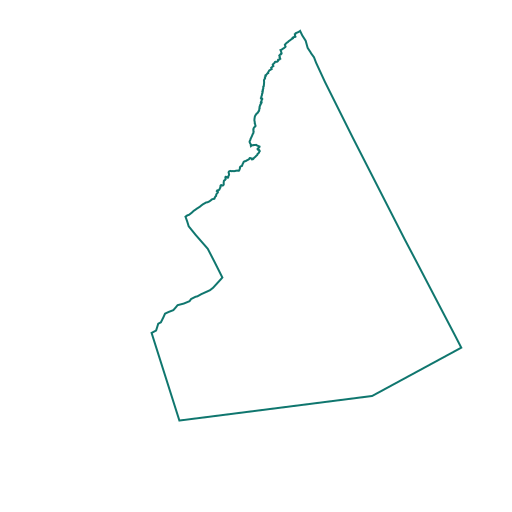 the district of Minas, Córdoba, Argentina, rotated 242°
{"feature_id": "61730980B27944530838107", "entity_name": "Minas", "entity_type": "district", "adm_level": 2, "iso_a3": "ARG", "parent_name": "Argentina", "parent_adm1": "Córdoba", "projection": "albers", "projection_center": [-65.06, -30.967], "detail": "fine", "context": "isolated", "style": "outline", "palette": "teal", "viewbox_px": 512, "rotation_deg": 242, "n_neighbors": 0, "source": "geoboundaries", "source_scale": "gbopen_adm2", "svg_char_len": 5874}
<svg xmlns="http://www.w3.org/2000/svg" viewBox="0 0 512 512"><g transform="rotate(242 256 256)"><path d="M78.7,394.2L92.1,394.4L123.6,394.6L175.1,395.0L200.8,395.1L315.4,397.0L377.4,398.6L398.6,399.8L404.2,400.5L409.1,399.8L410.3,399.8L415.5,399.3L422.7,400.9L429.0,400.4L434.0,400.6L433.9,400.2L433.9,399.5L433.8,398.5L434.0,397.3L433.9,396.9L434.1,395.9L434.0,395.4L433.6,395.1L433.6,394.9L433.6,394.4L432.9,394.2L432.5,393.9L432.1,393.7L431.3,393.9L431.1,393.8L431.1,393.1L431.3,392.8L431.4,392.3L431.5,392.2L431.6,391.9L431.6,391.2L431.5,390.9L431.2,391.1L430.9,390.9L430.9,390.3L430.8,389.5L430.7,388.4L430.5,387.5L430.3,385.6L429.9,384.6L429.9,383.9L429.7,382.8L429.2,381.2L428.9,380.6L427.0,380.4L426.8,380.1L426.4,378.0L426.4,376.8L426.3,376.6L426.2,375.8L426.2,375.3L426.3,374.3L426.0,374.3L423.5,373.9L422.7,373.6L422.5,373.0L422.9,372.9L422.8,372.7L422.7,372.5L422.1,370.7L420.8,370.6L420.6,370.5L420.4,370.4L420.4,370.1L420.2,370.0L419.4,370.1L419.1,370.0L418.8,370.0L418.8,369.9L418.5,369.0L418.9,367.7L418.7,367.4L418.1,367.3L417.8,366.8L417.6,366.2L417.8,365.3L418.3,364.6L418.4,363.8L417.8,363.0L417.6,362.3L417.6,361.6L417.1,361.0L417.0,360.6L416.7,360.6L416.3,360.4L415.6,360.5L415.1,357.8L413.7,357.6L413.6,354.8L412.1,352.4L411.8,352.4L411.9,351.8L411.3,350.6L411.1,349.2L410.5,349.3L410.4,349.2L410.2,349.0L410.0,348.6L409.9,348.4L409.7,347.8L409.3,347.8L409.0,347.5L408.6,347.4L408.4,347.1L408.0,346.2L407.8,346.0L407.6,345.7L407.1,345.4L406.4,345.1L405.2,344.5L404.8,344.2L404.6,344.1L404.2,343.8L403.6,343.5L403.3,343.2L402.9,343.0L402.8,342.8L402.3,342.6L402.2,342.4L402.1,342.0L402.0,341.8L401.7,341.7L401.4,341.6L401.2,341.4L400.8,341.3L400.5,341.1L400.0,340.4L399.6,340.0L399.3,340.1L399.1,339.9L399.0,339.6L398.5,339.5L398.2,339.0L398.2,338.9L397.7,338.9L397.3,338.4L396.9,338.3L396.6,337.8L396.3,337.6L396.2,337.3L395.9,337.2L395.2,336.7L394.8,336.2L394.3,335.6L393.9,335.5L393.6,335.3L393.4,335.1L393.1,334.4L392.9,334.4L392.2,335.2L392.0,335.3L391.7,335.3L391.5,335.1L391.4,334.6L391.3,334.3L390.3,333.8L390.0,333.1L389.7,332.8L389.3,333.0L389.1,332.9L388.9,332.9L388.9,332.6L388.9,332.3L388.9,332.1L388.6,332.0L388.3,332.2L388.2,332.1L388.2,331.7L387.5,331.1L387.5,330.9L387.5,330.7L387.1,330.4L386.8,330.0L386.7,330.0L386.5,329.8L386.3,329.5L386.1,329.2L385.5,328.8L385.0,328.8L384.8,328.7L384.6,328.4L384.6,328.2L383.6,327.5L382.7,326.8L382.7,326.4L382.6,326.1L382.0,325.5L381.9,325.0L381.4,324.3L381.4,323.7L381.5,323.5L381.4,323.2L380.8,322.3L380.5,321.5L379.6,320.4L377.6,318.9L376.4,318.2L374.6,317.7L373.9,317.2L373.1,317.2L371.8,316.8L371.1,316.7L370.9,316.5L370.8,316.3L370.7,315.7L370.5,315.3L370.4,314.7L369.7,313.6L369.0,313.3L368.8,312.9L368.6,312.8L368.2,312.8L367.5,312.3L367.3,312.3L366.8,312.3L366.6,312.1L366.4,311.8L365.8,311.3L365.5,311.1L365.2,310.3L364.1,309.1L362.3,306.7L362.0,306.2L361.3,305.7L360.4,304.4L359.8,303.9L359.2,303.8L357.8,303.7L356.8,303.9L356.6,303.8L355.9,303.2L355.4,303.1L355.5,303.5L355.8,303.8L355.8,304.0L355.2,305.2L355.3,305.4L355.1,305.8L355.1,306.1L354.5,307.2L354.0,308.4L353.8,308.5L353.0,308.8L352.7,309.1L351.0,310.5L350.6,310.2L350.5,309.9L350.5,309.6L350.3,309.2L350.1,308.9L350.1,308.2L350.0,307.9L349.8,307.6L349.3,307.5L349.0,307.6L348.7,307.8L348.3,308.4L348.0,308.6L347.8,308.6L347.0,308.6L346.8,308.5L346.8,308.3L346.8,308.0L346.6,307.8L345.9,307.3L345.5,306.0L345.4,305.3L344.8,304.8L344.5,304.1L344.4,303.4L343.9,302.0L343.6,300.5L343.5,300.2L343.1,299.5L342.9,298.8L343.1,297.9L343.2,297.7L343.3,297.7L343.9,297.9L344.2,298.0L344.5,297.3L344.6,297.2L345.2,296.9L345.4,296.4L345.2,296.2L344.8,295.4L344.7,294.1L344.7,293.0L344.8,292.5L344.7,292.3L344.6,291.8L344.7,291.3L344.8,290.8L344.8,290.6L345.0,290.4L345.0,290.2L345.0,289.9L344.9,289.3L344.5,288.8L344.0,288.2L343.6,287.6L343.5,287.4L342.8,286.6L342.5,286.4L342.1,285.9L342.1,285.6L342.3,285.1L342.3,284.8L342.2,284.0L341.9,283.6L341.8,283.4L341.4,283.3L340.7,282.8L340.2,282.1L339.6,281.5L339.4,281.2L339.3,280.9L339.5,280.5L340.2,279.6L340.2,279.3L340.7,278.5L340.7,278.4L340.7,278.1L340.8,277.7L340.9,277.3L341.0,277.1L341.0,276.9L341.2,276.5L341.4,276.1L342.0,275.2L342.2,274.6L342.3,274.3L342.9,273.7L343.1,273.4L343.3,272.4L343.3,272.0L343.2,271.6L342.6,271.0L342.2,270.9L341.6,270.8L341.3,270.7L340.6,270.5L340.1,270.1L339.4,269.0L338.9,268.7L338.7,268.6L338.5,268.3L338.3,268.1L338.3,267.9L338.5,267.7L338.9,267.7L339.5,267.2L339.9,266.8L340.2,266.5L340.2,266.3L339.8,265.9L339.3,265.6L338.5,265.5L338.1,265.3L338.0,265.1L337.9,264.6L337.6,264.2L337.6,263.9L337.6,263.2L337.4,262.9L336.5,262.3L336.0,261.9L335.4,261.6L335.1,261.5L334.2,261.0L334.1,260.8L334.1,260.6L333.9,260.3L333.8,259.9L333.9,259.5L334.2,259.2L334.3,258.9L334.5,258.9L334.9,258.7L335.0,258.6L334.9,258.0L334.7,257.7L334.5,257.4L333.4,256.9L333.1,256.6L333.0,256.2L332.6,255.8L332.4,255.5L331.9,254.9L331.9,254.7L331.7,254.4L331.7,253.8L331.7,253.3L332.0,252.9L331.9,252.8L332.0,252.5L331.9,252.3L331.7,251.9L331.1,252.1L330.8,252.3L330.6,252.4L330.3,252.4L330.1,252.2L330.0,251.9L329.7,251.5L329.4,250.5L329.0,249.8L327.8,249.0L327.7,248.7L327.6,248.1L327.4,247.7L327.0,247.2L326.9,246.9L326.6,246.6L326.2,246.4L326.1,246.2L326.1,245.9L326.2,245.6L326.4,245.1L326.5,244.8L326.7,243.3L326.4,242.6L326.1,240.3L326.2,238.4L326.7,237.0L326.6,235.2L326.6,233.6L326.3,231.5L325.9,229.8L325.7,227.6L325.6,226.0L325.3,224.1L325.2,222.8L325.0,221.7L324.7,220.7L324.4,219.6L323.9,216.8L323.8,215.8L324.1,214.8L324.1,214.0L324.1,213.6L323.9,213.5L323.8,212.2L319.0,211.5L313.8,210.5L303.0,212.6L285.0,216.8L269.7,216.6L252.8,216.2L252.1,214.4L248.1,203.2L247.4,199.3L248.0,189.9L247.9,185.3L248.4,183.5L248.5,178.5L247.3,176.1L247.9,169.9L249.4,163.7L248.2,160.8L247.0,157.6L247.6,152.6L247.8,148.6L245.3,145.4L242.1,140.9L242.1,137.9L237.1,132.8L237.1,127.7L146.7,111.1L77.9,292.8L78.7,394.2Z" fill="none" stroke="#0f766e" stroke-width="2"/></g></svg>